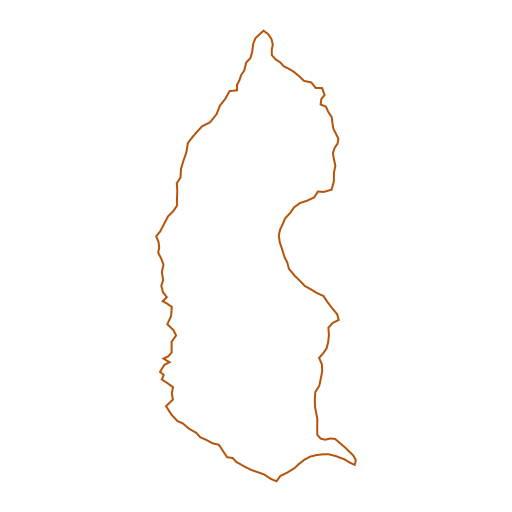 Claraval, Minas Gerais, Brazil
{"feature_id": "56859067B71136395250653", "entity_name": "Claraval", "entity_type": "district", "adm_level": 2, "iso_a3": "BRA", "parent_name": "Brazil", "parent_adm1": "Minas Gerais", "projection": "albers", "projection_center": [-47.233, -20.359], "detail": "fine", "context": "isolated", "style": "outline", "palette": "amber", "viewbox_px": 512, "rotation_deg": 0, "n_neighbors": 0, "source": "geoboundaries", "source_scale": "gbopen_adm2", "svg_char_len": 2281}
<svg xmlns="http://www.w3.org/2000/svg" viewBox="0 0 512 512"><path d="M276.5,481.3L280.3,476.0L287.4,472.5L294.6,468.1L298.6,464.2L304.9,459.4L310.2,456.6L316.4,455.1L322.3,454.4L328.3,454.2L335.9,456.1L344.4,459.3L350.2,462.8L354.7,464.9L355.8,460.1L353.1,455.3L349.1,451.5L345.4,447.8L340.4,443.5L335.0,438.9L330.3,438.5L325.3,439.7L320.8,438.7L317.3,434.9L317.2,427.2L317.3,418.8L316.2,413.0L315.0,406.8L314.8,399.8L315.3,392.0L319.3,385.8L321.2,376.5L322.2,371.2L322.0,364.7L319.1,357.9L323.0,353.5L326.5,348.6L328.1,342.7L328.9,335.3L328.4,327.7L332.6,323.0L338.7,319.9L337.1,314.1L332.3,308.4L327.3,301.8L323.6,296.1L316.3,292.7L310.5,289.1L304.7,285.9L300.2,281.1L294.9,276.0L288.9,268.7L287.2,262.3L284.6,257.3L282.3,249.9L279.8,242.4L278.8,235.4L280.1,229.6L282.3,225.0L285.1,218.4L290.4,212.7L294.1,207.3L299.9,203.1L307.3,200.6L314.2,197.4L317.8,191.6L323.8,191.9L331.6,189.7L333.9,181.0L333.9,172.8L335.4,165.9L333.9,159.1L332.9,153.2L334.7,147.8L337.6,143.5L338.4,138.7L335.9,133.7L333.4,128.8L332.5,123.8L331.7,117.1L328.3,112.0L325.9,106.6L320.6,104.5L321.4,98.8L324.6,95.1L322.1,88.1L315.6,87.9L311.3,82.4L304.0,80.9L299.0,76.1L293.4,71.5L288.7,68.7L283.7,66.3L280.3,62.4L275.6,59.4L271.8,55.1L271.8,49.5L272.8,44.7L271.5,39.1L268.0,34.0L263.5,30.7L255.4,38.2L253.2,43.8L252.1,52.4L250.4,58.1L246.3,62.4L244.2,70.6L241.1,75.2L239.4,80.3L237.0,84.8L237.1,90.3L229.6,91.1L225.1,99.1L220.0,105.5L216.5,114.3L209.9,122.4L202.2,126.2L196.6,132.2L192.7,136.8L187.9,143.0L186.3,152.6L183.8,159.6L181.0,168.8L180.5,177.6L176.8,183.2L177.3,191.1L177.0,198.5L177.1,205.5L173.5,210.9L168.0,216.4L163.5,225.0L160.3,231.3L156.2,236.3L158.5,241.9L159.2,247.4L158.2,252.7L161.2,258.6L163.5,264.7L161.8,272.0L163.2,280.0L161.3,285.7L162.9,292.1L166.8,297.2L162.7,301.2L167.0,303.6L171.8,306.9L171.1,316.0L167.3,324.2L173.5,330.2L176.1,335.5L171.6,341.7L171.6,352.6L168.2,356.4L163.5,358.6L169.5,362.2L164.3,364.9L160.0,371.9L163.7,374.9L161.8,379.5L167.1,382.9L173.1,387.2L171.8,392.8L172.9,399.6L166.0,406.2L171.8,415.1L177.6,421.2L182.8,423.4L189.1,428.8L196.2,432.8L200.3,437.3L205.9,439.7L212.3,443.2L218.9,444.8L223.6,452.0L227.1,457.2L232.6,458.0L236.4,462.0L245.5,467.1L251.4,470.0L264.1,474.4L270.8,478.9L276.5,481.3Z" fill="none" stroke="#b45309" stroke-width="2"/></svg>